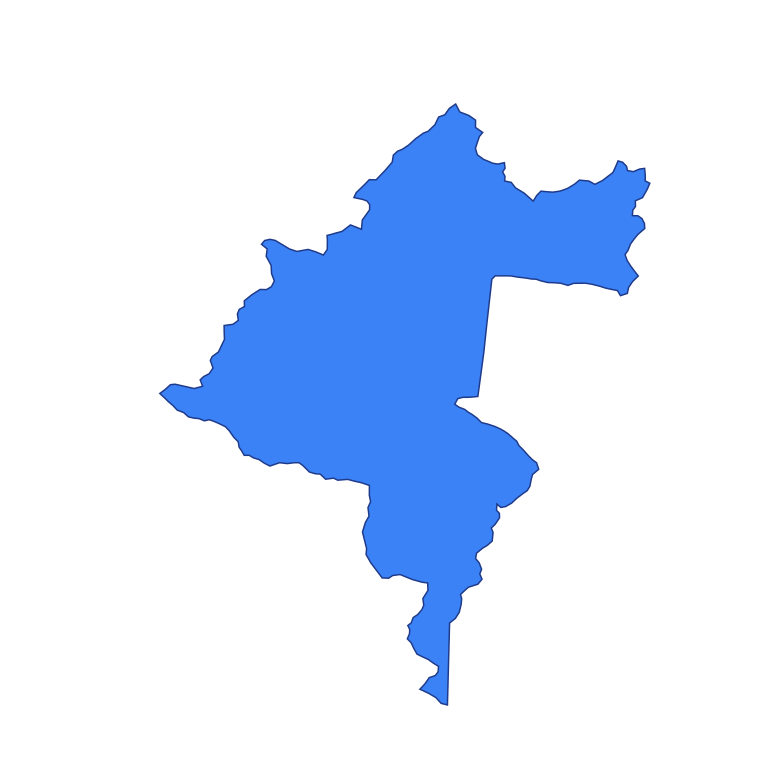 Conceição, Paraíba, Brazil, rotated 17°
{"feature_id": "56859067B61487364475806", "entity_name": "Conceição", "entity_type": "district", "adm_level": 2, "iso_a3": "BRA", "parent_name": "Brazil", "parent_adm1": "Paraíba", "projection": "orthographic", "projection_center": [-38.514, -7.528], "detail": "fine", "context": "isolated", "style": "filled", "palette": "blue", "viewbox_px": 768, "rotation_deg": 17, "n_neighbors": 0, "source": "geoboundaries", "source_scale": "gbopen_adm2", "svg_char_len": 3841}
<svg xmlns="http://www.w3.org/2000/svg" viewBox="0 0 768 768"><g transform="rotate(17 384 384)"><path d="M172.4,458.6L179.0,461.8L183.1,464.0L188.5,466.3L193.8,469.4L200.8,469.9L206.6,472.6L212.2,472.2L217.3,471.2L223.1,471.7L227.2,469.3L231.7,469.4L237.3,470.0L244.9,471.2L249.6,473.9L256.1,479.0L261.4,481.8L264.0,486.9L267.5,489.6L271.2,493.1L275.9,491.6L280.8,492.8L286.6,492.8L292.6,494.7L298.9,495.8L307.2,489.8L314.7,488.4L321.0,485.6L325.8,484.1L330.3,485.7L338.4,490.0L344.6,489.9L349.3,488.8L356.0,492.1L363.3,488.8L367.9,489.5L377.2,485.8L383.7,485.6L391.3,485.0L399.7,485.3L402.5,494.7L405.6,500.5L404.8,506.8L408.3,514.8L406.7,521.9L406.7,531.8L415.5,546.5L416.7,552.3L423.7,558.9L439.0,570.0L445.3,568.3L448.3,564.6L455.1,561.5L468.3,562.7L478.6,562.4L483.9,561.5L486.4,568.5L483.9,577.7L486.7,584.0L486.2,588.7L483.6,594.7L480.2,598.8L479.9,604.4L477.4,608.0L480.4,611.3L481.4,615.5L480.8,620.9L485.5,623.4L490.0,628.3L494.6,632.7L501.8,633.8L506.9,634.5L513.1,636.6L518.7,638.1L519.9,643.5L518.3,647.8L513.1,651.6L510.8,658.8L507.6,665.4L517.4,666.8L525.3,668.7L532.0,672.7L538.5,672.4L516.6,593.4L520.8,587.3L522.7,580.3L522.2,572.1L521.1,566.7L518.7,562.9L521.5,558.0L524.1,553.7L532.4,547.9L534.8,542.0L531.1,537.6L531.5,532.6L527.3,527.2L522.7,524.2L521.9,518.8L526.2,512.3L530.1,507.9L533.4,502.5L531.7,494.1L528.7,490.4L531.3,485.7L533.6,478.2L532.2,474.0L528.5,471.8L527.1,465.8L531.8,467.9L536.2,465.6L540.9,460.6L544.3,454.6L548.8,448.3L552.2,444.0L553.4,439.1L552.7,432.6L552.5,427.2L556.9,420.3L552.9,414.7L548.0,413.0L542.9,410.3L536.4,406.3L531.1,403.5L527.6,399.9L522.7,397.8L517.2,395.3L512.3,393.8L508.0,392.9L502.5,392.2L494.8,392.0L488.5,392.4L482.9,389.4L476.9,387.3L472.7,386.3L468.6,384.7L462.3,384.2L457.6,382.6L458.8,376.5L463.2,373.7L467.8,372.3L472.8,370.4L477.4,368.5L470.2,324.5L464.6,295.6L456.5,252.2L458.8,248.0L464.2,246.4L469.0,244.9L474.0,243.5L481.1,242.6L488.6,241.2L494.2,240.5L498.8,239.3L503.4,239.5L510.8,239.1L517.2,237.4L523.4,236.0L531.1,235.9L535.9,232.3L541.8,230.4L547.2,228.7L553.6,227.8L562.0,227.4L567.6,227.5L572.7,227.1L579.9,226.4L584.3,230.4L590.2,226.2L589.7,220.1L591.8,213.3L595.6,206.4L590.1,202.5L585.1,198.8L580.4,194.8L576.7,189.8L578.3,184.7L578.8,178.1L580.9,172.0L583.0,166.9L585.3,163.1L587.9,159.1L586.1,154.3L582.3,150.4L577.6,148.9L572.3,150.4L571.1,145.0L572.6,140.7L570.8,135.3L576.7,130.3L578.8,120.9L579.5,114.3L574.4,113.4L572.9,108.2L570.2,101.6L565.6,103.7L560.4,108.0L554.4,108.7L552.3,104.9L547.4,102.2L542.6,102.2L542.0,108.2L541.1,114.8L533.4,125.6L527.3,131.4L520.6,130.0L511.3,131.9L507.7,137.3L501.9,143.7L496.0,148.0L489.6,151.1L484.6,152.3L477.7,153.7L474.9,159.1L473.2,165.5L462.3,160.5L452.5,158.0L446.7,154.0L440.0,154.6L439.0,150.0L435.4,146.5L436.7,142.3L434.4,137.1L428.6,140.4L423.4,141.1L419.1,140.6L413.6,140.1L406.2,137.5L402.6,132.0L402.6,125.8L402.9,119.3L404.8,114.6L396.5,111.9L394.4,104.9L386.7,102.4L376.9,101.7L370.7,95.3L366.0,101.2L363.4,108.8L358.2,112.7L356.9,121.2L352.3,129.4L348.3,132.6L342.5,140.2L337.7,148.3L332.5,154.6L329.0,157.3L326.0,162.4L327.0,169.4L322.7,179.3L316.7,191.1L310.2,192.9L307.2,198.8L301.5,209.1L300.7,214.5L309.8,213.7L314.4,214.0L317.9,216.8L319.3,221.7L315.3,233.5L317.2,242.6L313.0,242.3L305.4,241.7L299.3,250.3L286.1,258.6L287.7,262.7L290.4,271.9L288.3,278.4L280.3,277.6L272.1,277.5L261.9,282.7L254.0,282.5L238.1,278.5L232.6,279.0L227.9,281.7L226.0,286.2L232.8,289.0L234.0,296.3L241.4,303.6L244.2,311.3L249.0,317.5L247.9,323.8L244.0,328.1L237.9,329.8L231.2,337.7L226.1,345.3L227.9,350.7L223.8,354.9L223.3,359.9L226.1,365.7L222.1,371.1L214.0,374.8L216.1,381.4L218.4,388.0L216.3,401.8L211.7,407.9L211.0,412.2L215.8,418.7L213.8,425.3L209.4,429.6L207.0,433.7L211.2,439.2L203.8,443.8L184.2,445.3L180.0,447.1L176.2,453.4L172.4,458.6Z" fill="#3b82f6" stroke="#1e3a8a" stroke-width="1.5"/></g></svg>